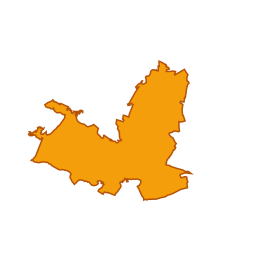 the district of Suplac, Mures, Romania, rotated 123°
{"feature_id": "2599482B50332129802710", "entity_name": "Suplac", "entity_type": "district", "adm_level": 2, "iso_a3": "ROU", "parent_name": "Romania", "parent_adm1": "Mures", "projection": "orthographic", "projection_center": [24.521, 46.387], "detail": "fine", "context": "isolated", "style": "filled", "palette": "amber", "viewbox_px": 256, "rotation_deg": 123, "n_neighbors": 0, "source": "geoboundaries", "source_scale": "gbopen_adm2", "svg_char_len": 5981}
<svg xmlns="http://www.w3.org/2000/svg" viewBox="0 0 256 256"><g transform="rotate(123 128 128)"><path d="M207.9,191.5L207.7,191.1L206.9,190.9L207.5,188.4L205.8,184.1L202.4,180.5L201.3,177.7L200.8,177.0L200.7,176.1L201.1,174.8L200.6,173.4L201.0,170.7L200.6,163.6L200.1,162.2L198.2,159.7L197.7,157.8L196.9,155.9L196.8,152.8L197.7,150.5L199.8,150.4L201.5,149.2L201.8,148.1L203.0,146.5L204.5,142.2L198.8,141.0L197.2,139.3L196.3,136.8L196.5,135.5L195.1,133.6L195.4,132.3L194.6,131.4L195.7,127.1L194.7,124.9L193.3,123.6L191.3,122.7L190.7,122.8L189.8,124.5L189.0,124.5L188.8,123.8L187.9,123.6L187.4,122.4L187.3,119.9L187.2,119.4L187.8,119.5L188.7,120.7L188.8,120.6L188.9,119.6L188.1,118.0L188.5,117.4L189.4,117.7L192.1,117.5L195.0,118.8L197.1,118.8L197.3,118.4L197.2,112.9L194.6,112.9L193.7,110.4L193.5,110.0L193.1,109.9L191.6,102.4L189.3,102.6L187.3,102.1L181.3,101.9L179.9,102.7L178.9,104.6L177.9,105.1L177.4,105.0L176.7,104.6L176.9,103.3L176.6,103.0L175.0,103.6L175.0,102.9L174.6,102.7L172.1,103.2L172.4,101.7L173.7,99.6L172.9,98.8L171.1,101.0L170.3,99.0L169.1,96.9L168.3,96.2L166.9,93.9L165.9,92.8L165.1,89.8L165.1,88.6L167.4,87.3L168.8,87.4L169.7,87.2L171.9,88.4L172.9,86.2L176.3,81.1L177.7,78.5L178.1,76.9L179.8,75.5L179.1,75.2L178.3,74.3L178.3,74.0L177.9,73.3L178.0,72.9L177.0,72.5L176.6,71.9L172.1,65.4L169.0,62.9L165.3,59.2L162.5,58.0L161.2,56.6L158.3,54.6L150.7,50.3L145.7,45.6L142.2,48.6L140.9,48.3L140.2,48.9L139.2,50.5L137.2,51.9L137.6,53.5L140.7,56.2L140.8,56.6L139.1,58.8L138.3,58.7L134.5,55.6L131.8,50.2L131.6,52.9L131.7,53.9L133.2,56.2L133.4,59.3L135.3,65.1L136.3,69.0L136.7,69.7L136.7,71.9L137.1,73.5L138.1,75.6L138.1,76.0L137.9,76.4L136.2,76.7L136.0,77.1L134.2,77.7L132.2,77.8L129.8,77.3L129.2,77.7L128.9,77.4L125.9,77.3L121.5,77.9L121.1,77.2L120.5,77.1L119.2,77.3L118.9,77.9L118.7,77.4L118.4,77.4L118.4,78.3L118.0,77.5L118.1,78.4L117.9,79.1L114.7,79.1L114.4,80.6L112.0,84.6L111.8,85.4L112.0,87.1L111.4,89.2L110.9,90.0L110.0,90.7L107.9,88.9L105.3,87.5L104.8,86.7L103.7,83.8L102.7,83.1L98.5,86.5L94.9,88.7L94.7,87.9L93.4,86.0L91.0,84.0L87.3,88.7L87.4,89.3L83.1,92.7L78.4,94.8L78.5,98.0L76.9,98.4L76.7,97.1L75.7,95.2L71.6,97.1L71.3,96.5L63.7,100.0L59.7,101.5L58.2,101.6L57.4,101.2L56.6,101.9L56.3,102.6L56.5,102.9L56.3,103.8L55.9,104.1L55.9,104.6L52.6,106.7L51.9,106.4L50.6,106.9L50.0,108.8L48.1,112.6L57.5,117.4L57.8,116.7L57.8,117.5L57.5,117.7L57.7,118.1L54.7,118.9L55.9,121.6L57.7,123.5L59.7,126.7L57.8,127.3L56.2,125.5L55.2,126.8L55.3,127.6L55.8,128.7L55.4,129.5L55.9,130.2L55.5,130.0L55.2,129.2L54.4,130.0L54.6,130.5L54.1,131.1L54.6,132.0L54.4,133.1L54.7,136.6L55.1,138.4L59.3,135.4L59.6,136.4L63.5,133.8L64.3,135.1L63.8,135.8L64.6,136.1L65.1,138.2L65.9,139.1L66.8,139.6L68.2,139.7L71.0,138.7L73.3,139.0L73.8,139.5L74.0,140.4L75.3,141.1L76.1,140.8L76.5,140.1L79.8,137.4L83.0,138.9L83.5,141.0L80.6,141.5L80.7,141.8L81.4,142.1L83.1,141.9L85.3,143.0L87.5,143.6L88.0,143.2L89.3,143.9L90.2,142.5L88.1,141.3L94.4,141.3L106.1,140.6L107.6,140.8L108.2,141.3L108.4,141.0L108.3,140.8L109.0,140.3L107.7,138.7L106.7,139.5L105.3,138.2L106.3,137.2L105.7,136.5L116.1,134.3L118.4,133.4L119.5,138.3L119.9,138.9L122.6,137.6L123.4,137.5L123.5,135.9L123.8,135.7L125.3,135.5L127.2,142.0L131.0,140.3L132.0,137.3L134.4,136.3L135.2,134.7L135.4,133.7L136.4,133.3L137.3,132.0L138.3,131.8L139.0,130.9L139.7,130.7L140.3,129.9L141.4,129.0L141.6,127.0L142.1,126.7L143.6,128.8L144.0,130.5L143.8,128.6L144.8,128.3L145.8,128.6L146.3,129.0L146.6,129.9L146.3,130.5L146.3,131.9L146.7,132.3L148.2,135.8L148.1,136.7L147.8,136.8L147.2,135.1L147.0,134.8L146.8,135.1L146.9,136.3L147.4,138.1L147.1,144.0L147.5,144.4L149.1,143.4L150.0,143.5L150.8,144.7L149.7,148.3L149.8,149.0L149.6,149.9L149.2,150.6L147.2,152.0L144.5,152.6L143.7,158.6L145.9,159.8L148.8,162.3L149.1,163.2L148.7,167.1L149.4,168.3L149.8,170.2L149.9,173.4L148.9,175.3L146.6,177.9L145.9,179.1L145.3,178.1L144.4,178.1L144.7,177.7L141.8,178.6L141.5,178.4L141.3,178.1L141.7,177.5L142.8,177.0L142.7,176.5L141.6,176.4L139.9,177.3L140.1,176.4L139.8,176.3L139.3,177.1L138.8,175.4L139.8,174.5L139.8,174.3L139.5,173.9L139.6,174.4L138.3,175.4L138.7,176.4L138.7,177.0L139.1,177.5L139.7,177.9L141.1,178.2L142.1,179.6L142.4,179.6L142.3,179.3L143.6,178.8L144.9,179.3L144.6,179.8L143.6,180.3L142.2,180.2L143.1,181.4L143.8,181.9L143.5,182.4L145.9,182.3L146.2,183.3L145.9,183.8L144.2,184.5L144.2,185.1L144.7,185.2L144.9,185.7L144.8,186.5L143.7,186.5L143.3,187.8L143.4,188.2L144.2,188.5L144.9,188.3L146.1,188.6L146.2,189.1L142.7,189.8L143.2,191.8L144.0,197.7L145.5,197.8L145.5,198.8L145.1,198.6L145.0,199.0L145.4,199.7L145.4,202.7L146.1,203.3L146.2,204.4L145.8,204.5L145.4,205.6L145.4,206.4L146.2,206.3L150.7,209.2L153.8,210.4L154.8,208.8L154.9,208.2L154.8,206.8L153.8,205.0L153.9,203.0L153.3,202.0L151.9,201.2L152.7,200.6L153.5,199.6L154.0,196.5L153.8,195.7L152.9,194.4L151.9,193.3L152.2,190.0L151.1,188.0L154.3,186.6L161.4,186.9L162.0,186.7L163.4,187.3L164.2,187.2L164.8,187.8L166.4,187.7L166.9,188.0L168.1,187.9L169.5,188.6L173.4,189.3L175.3,189.9L175.3,190.5L175.6,189.8L175.6,190.5L175.8,190.1L176.1,190.1L176.2,190.6L177.9,192.0L177.6,193.4L175.7,194.6L179.7,195.9L179.5,196.3L180.4,197.2L180.4,197.9L179.6,198.5L178.7,198.2L177.7,199.3L177.2,198.9L175.0,198.8L175.1,198.3L174.1,198.5L174.9,198.9L174.8,199.6L175.0,200.0L174.9,200.2L174.9,201.4L175.5,201.1L175.7,201.5L175.1,201.9L175.2,202.3L175.7,202.1L175.9,202.8L176.0,202.7L176.3,203.1L176.1,203.3L176.5,203.4L176.4,203.6L176.8,204.0L177.6,203.2L178.0,203.3L179.4,203.0L181.1,203.3L181.1,202.8L181.8,203.0L181.6,203.8L181.3,204.1L181.8,204.1L181.9,204.6L185.0,205.7L185.2,204.9L184.9,204.8L185.0,204.2L185.5,204.4L186.3,205.2L186.5,206.1L184.8,206.7L184.4,207.6L184.9,208.6L185.2,208.0L185.1,207.5L185.8,208.0L187.6,207.9L187.9,206.2L186.5,204.0L185.2,203.2L184.3,201.6L185.5,200.4L185.6,199.1L185.2,198.1L185.6,195.4L185.2,195.1L185.0,194.6L184.5,194.8L183.7,194.3L183.2,194.7L183.1,194.0L201.8,190.2L206.0,190.7L207.4,191.5L207.9,191.5Z" fill="#f59e0b" stroke="#b45309" stroke-width="1.5"/></g></svg>